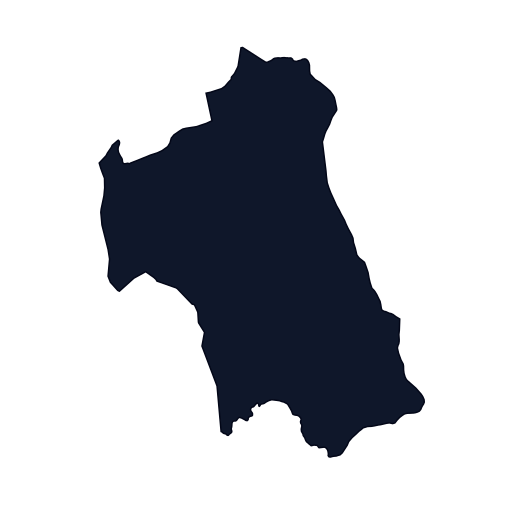 Kota Kotamobagu, Sulawesi Utara, Indonesia (Equal Earth projection), rotated 353°
{"feature_id": "22746128B93986330379000", "entity_name": "Kota Kotamobagu", "entity_type": "district", "adm_level": 2, "iso_a3": "IDN", "parent_name": "Indonesia", "parent_adm1": "Sulawesi Utara", "projection": "equal_earth", "projection_center": [124.319, 0.711], "detail": "fine", "context": "isolated", "style": "filled", "palette": "ink", "viewbox_px": 512, "rotation_deg": 353, "n_neighbors": 0, "source": "geoboundaries", "source_scale": "gbopen_adm2", "svg_char_len": 6055}
<svg xmlns="http://www.w3.org/2000/svg" viewBox="0 0 512 512"><g transform="rotate(353 256 256)"><path d="M315.2,463.6L317.6,461.9L323.4,455.0L325.4,451.5L329.3,447.9L333.6,444.9L336.9,442.4L339.2,441.1L341.4,439.6L346.0,438.8L349.6,439.1L352.5,439.0L357.0,438.6L359.0,438.6L365.5,437.9L368.1,437.9L371.2,439.0L373.5,438.6L376.0,436.1L378.9,433.7L381.8,432.0L384.2,430.8L386.9,430.5L390.5,430.8L393.4,431.0L395.3,430.9L397.4,430.5L399.2,429.9L400.8,428.4L401.9,426.4L403.0,424.8L404.2,423.4L405.2,421.5L405.3,419.0L404.4,416.0L403.1,413.3L398.5,406.6L390.8,397.9L390.0,396.5L389.2,394.2L388.6,390.5L388.6,387.2L389.0,383.2L388.9,381.2L387.2,376.8L385.6,369.8L385.1,364.5L386.0,362.1L387.0,360.5L387.6,358.5L387.9,356.6L388.2,351.4L389.2,347.2L391.0,336.0L387.6,333.4L384.9,330.8L383.0,329.6L381.2,329.0L378.1,327.1L376.1,326.4L374.3,324.9L374.0,323.1L373.9,319.4L373.6,316.1L372.9,314.2L371.3,309.4L369.7,305.8L368.8,304.3L368.1,303.3L367.6,303.0L367.0,301.7L366.0,296.5L365.5,292.0L365.2,286.1L363.9,279.8L362.9,275.5L360.6,273.1L358.5,271.0L357.5,269.6L356.2,267.2L355.5,260.6L354.4,254.6L354.4,250.1L353.4,246.6L350.8,240.0L349.2,235.2L348.2,231.4L345.4,224.4L344.1,220.6L342.0,215.7L340.2,209.8L337.9,202.5L336.6,197.3L335.6,192.1L335.6,184.8L335.8,180.0L335.8,150.8L337.4,147.3L339.2,143.1L340.7,140.4L342.5,137.9L345.1,134.1L346.6,131.0L348.5,127.5L353.7,121.3L354.0,120.4L354.0,118.5L353.8,116.2L353.4,111.0L353.0,108.1L351.9,105.4L349.7,101.5L346.2,97.5L340.5,91.5L336.2,88.1L331.9,82.1L331.7,79.0L332.2,74.2L332.3,73.2L332.0,70.8L331.2,68.6L330.5,67.6L329.7,66.8L328.6,66.3L327.4,66.3L325.9,66.4L325.3,66.8L323.9,67.2L322.7,67.3L321.3,67.5L320.4,67.8L319.7,67.7L318.2,67.4L317.4,67.0L316.8,66.5L316.4,65.8L316.2,65.0L315.5,64.3L315.0,63.8L314.3,63.6L312.5,63.5L311.8,63.3L311.1,63.1L310.4,63.1L309.3,62.8L308.0,62.5L307.2,62.5L306.2,62.4L305.0,62.5L304.5,62.5L302.5,62.1L301.4,62.0L298.8,62.0L297.6,62.3L295.4,63.6L294.2,64.1L292.6,64.5L291.6,64.9L291.1,65.0L289.5,65.0L289.3,64.9L284.7,61.2L268.1,47.4L266.5,47.5L261.4,65.3L260.7,66.6L257.1,72.0L256.1,73.1L253.8,75.1L253.4,75.6L253.2,76.2L253.1,76.7L253.1,77.3L252.9,77.7L252.6,78.0L250.0,80.0L246.0,83.7L242.3,85.7L230.9,87.9L226.3,88.3L228.8,116.4L222.9,118.3L212.5,120.4L202.3,120.7L198.7,121.1L195.0,122.8L189.3,125.8L186.3,128.7L184.4,133.3L181.7,136.7L175.6,140.0L170.7,141.6L163.4,143.0L158.8,144.3L155.7,145.1L150.2,146.6L142.7,148.5L141.4,149.1L141.1,148.8L140.8,148.6L140.1,148.4L139.6,148.3L139.0,148.4L138.3,148.4L137.0,148.5L136.4,148.3L136.1,148.2L135.6,147.8L135.3,147.4L135.2,147.3L135.1,146.7L135.0,146.3L135.0,145.1L135.0,144.1L134.9,143.3L134.5,142.2L133.6,140.4L133.2,139.4L132.3,136.8L132.2,136.3L132.1,135.6L132.1,134.8L132.0,134.1L132.1,133.3L132.3,132.1L132.6,131.1L132.7,130.8L133.7,129.0L134.1,128.0L134.4,126.9L134.3,126.0L134.1,125.2L133.6,124.4L133.4,124.3L132.5,124.8L126.8,128.6L125.6,130.6L121.1,135.7L119.4,138.2L111.7,144.6L112.6,149.9L113.9,155.6L115.1,160.3L114.1,170.0L112.4,177.8L108.0,190.7L107.3,193.8L106.9,206.5L110.0,231.5L110.3,241.2L106.7,258.0L108.3,264.3L114.6,273.3L116.1,274.3L132.1,263.1L144.6,258.1L152.0,264.8L153.9,267.1L154.6,268.8L172.9,277.9L174.0,278.9L186.7,295.9L188.6,296.7L188.9,296.9L189.1,297.3L191.3,304.3L191.4,305.1L191.2,308.2L190.8,314.6L191.0,315.6L195.6,325.5L191.4,338.8L201.5,380.2L200.0,425.2L200.0,426.0L200.5,426.3L200.8,426.5L201.1,426.8L201.6,427.4L201.9,427.8L202.9,428.4L203.3,428.5L204.0,428.6L204.2,428.8L204.7,429.4L205.3,430.1L205.6,430.3L205.9,430.5L206.2,430.5L206.5,430.6L206.8,430.5L207.2,430.2L207.6,429.7L207.9,429.5L208.9,429.0L209.7,428.5L210.1,428.2L210.4,427.8L210.5,427.5L210.6,427.1L210.6,426.7L210.4,425.4L210.3,424.9L210.4,424.4L210.5,423.9L210.7,423.5L211.0,422.7L211.3,421.5L211.5,420.3L211.7,419.4L211.9,418.6L212.5,417.8L212.9,417.4L213.3,417.2L213.8,417.1L214.6,417.1L215.0,417.2L215.6,417.2L216.2,417.0L216.9,416.5L217.5,415.8L218.6,414.7L219.1,414.4L219.7,414.2L220.4,414.3L221.1,414.7L221.5,414.8L222.2,415.2L222.6,415.5L224.9,417.1L225.6,417.8L226.3,418.1L227.2,418.3L227.8,417.9L228.2,417.4L228.4,416.7L228.5,415.9L228.8,415.5L229.4,415.0L230.4,414.5L231.1,414.4L231.7,414.3L232.4,414.2L233.0,413.8L233.2,412.9L233.3,412.4L233.3,412.1L233.2,411.5L232.9,410.8L232.3,409.8L231.9,408.7L231.9,408.1L231.9,407.7L232.0,407.3L232.2,406.8L232.5,406.4L232.9,406.0L233.5,405.6L234.0,405.5L234.8,405.4L235.3,405.2L235.8,404.8L236.5,404.1L237.6,403.2L238.5,402.4L238.9,402.2L239.3,402.2L239.6,402.2L239.9,402.4L240.1,402.6L240.3,402.9L240.5,403.4L240.5,403.8L240.6,405.1L240.7,405.4L241.0,405.6L241.5,405.2L242.3,404.2L242.6,403.8L242.9,403.7L243.4,403.6L245.6,403.4L246.2,403.2L248.3,402.1L250.4,401.3L251.5,401.0L253.7,400.6L254.7,400.7L258.8,401.7L261.4,402.4L262.0,402.6L263.3,403.3L264.1,403.7L265.8,404.3L268.8,406.4L269.1,406.7L269.4,407.0L270.0,408.3L270.6,409.7L271.2,411.0L271.4,411.6L271.7,412.2L272.5,414.3L272.7,415.3L272.9,416.3L273.1,416.8L273.3,417.5L273.6,417.8L275.3,418.6L276.1,418.8L276.9,419.0L277.3,419.1L277.8,419.3L278.6,419.8L279.0,420.1L279.4,420.5L279.6,420.8L280.5,422.1L280.7,422.6L280.9,423.3L280.9,423.7L280.9,424.0L280.7,424.3L280.4,424.9L280.1,425.5L280.0,425.8L280.0,426.1L280.0,426.3L280.0,426.9L280.1,427.4L280.2,427.8L280.7,428.7L280.8,429.0L280.8,429.6L280.8,430.2L280.7,430.6L280.6,431.2L280.2,432.2L280.0,432.7L280.0,433.0L279.8,433.7L279.8,434.9L279.8,435.3L279.8,435.6L279.9,435.9L280.1,436.4L280.7,437.9L280.9,438.3L280.9,438.6L281.0,439.9L281.1,440.2L281.2,440.4L282.2,442.2L282.4,443.0L282.8,444.7L283.1,445.6L283.5,446.4L283.7,446.7L285.2,448.3L286.0,449.3L286.9,450.1L287.5,450.9L287.7,451.0L288.1,451.0L289.8,450.8L290.5,450.7L290.9,450.8L293.5,451.4L293.9,451.8L294.1,452.1L294.7,453.3L295.0,453.8L295.4,454.0L296.9,454.0L300.2,454.0L300.9,454.2L301.2,454.3L301.7,454.6L302.2,455.2L302.8,456.1L303.2,456.7L303.4,457.4L303.6,458.3L303.7,459.5L303.7,460.3L303.7,461.1L303.6,461.8L303.3,462.7L303.6,463.7L304.1,464.3L305.4,464.6L307.3,464.3L309.0,464.2L311.3,464.3L313.2,463.9L315.2,463.6Z" fill="#0f172a" stroke="#020617" stroke-width="1.5"/></g></svg>